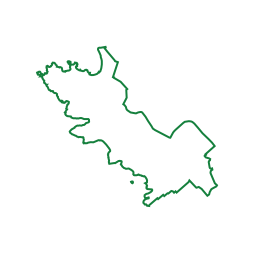 Randwick, New South Wales, Australia, rotated 129°
{"feature_id": "25037944B39404082196295", "entity_name": "Randwick", "entity_type": "district", "adm_level": 2, "iso_a3": "AUS", "parent_name": "Australia", "parent_adm1": "New South Wales", "projection": "orthographic", "projection_center": [151.246, -33.946], "detail": "fine", "context": "isolated", "style": "outline", "palette": "green", "viewbox_px": 256, "rotation_deg": 129, "n_neighbors": 0, "source": "geoboundaries", "source_scale": "gbopen_adm2", "svg_char_len": 5979}
<svg xmlns="http://www.w3.org/2000/svg" viewBox="0 0 256 256"><g transform="rotate(129 128 128)"><path d="M97.5,170.7L97.9,171.7L83.2,177.3L84.2,180.1L83.8,181.0L81.7,192.0L80.6,197.1L79.4,196.1L79.1,196.5L82.8,199.7L83.7,200.9L84.5,201.3L85.0,201.3L86.0,200.6L87.4,197.6L88.9,194.8L90.2,193.6L91.0,192.2L92.3,190.6L95.0,188.4L98.3,186.4L101.3,185.2L102.0,185.3L102.4,185.8L102.9,185.5L103.1,185.6L102.9,186.0L103.1,186.0L103.4,185.6L103.8,185.9L105.0,186.0L105.8,186.3L107.4,187.3L108.8,188.4L110.0,189.9L110.6,191.7L109.9,192.6L109.6,192.7L109.2,192.2L109.0,192.3L109.8,193.3L109.6,194.7L108.8,195.7L109.0,196.3L108.8,196.5L109.0,197.1L109.8,197.8L111.6,198.2L112.2,198.8L113.0,200.5L112.9,201.2L113.2,201.0L113.8,202.1L114.2,204.5L114.1,205.5L113.9,206.3L113.2,207.0L112.8,207.0L112.0,206.5L111.4,207.2L110.8,207.1L110.2,207.4L110.1,207.6L111.1,207.6L110.3,208.2L110.3,208.6L110.1,208.6L109.8,209.1L110.3,209.8L110.5,210.4L112.1,210.1L113.2,210.4L115.0,212.7L114.8,213.3L114.1,214.0L113.5,214.3L113.2,213.9L112.9,214.2L113.1,214.4L112.9,214.6L112.9,215.1L113.3,216.0L114.1,216.0L114.1,216.3L114.3,216.4L114.3,216.6L114.6,216.6L114.9,216.1L115.2,214.6L115.4,214.5L115.4,213.9L114.9,213.3L115.2,212.7L115.8,212.0L116.1,212.1L116.2,211.9L117.3,211.4L118.3,209.8L119.1,209.6L120.6,210.1L121.8,211.4L122.7,211.8L123.1,212.5L123.8,212.4L123.8,212.8L124.4,213.2L124.9,214.2L124.8,215.1L123.3,216.8L122.9,217.5L123.4,219.2L123.7,219.4L124.1,219.4L124.5,220.7L125.2,221.9L124.7,222.2L124.2,222.8L124.3,224.2L123.7,225.1L123.8,226.5L124.6,227.6L125.1,227.4L125.7,227.6L125.9,227.1L127.2,226.7L128.2,227.0L128.6,226.7L129.2,226.9L129.3,227.1L130.1,227.5L130.7,228.9L130.4,229.2L130.5,229.3L130.3,229.5L130.4,229.8L131.3,230.1L131.6,229.7L132.5,229.3L133.0,228.3L133.7,227.6L134.4,227.3L134.8,226.0L135.5,226.0L135.9,225.5L136.7,225.4L137.1,225.6L137.3,226.0L137.2,226.4L137.7,227.1L137.9,227.1L138.4,226.6L139.8,226.7L140.2,227.0L140.3,227.5L140.0,228.0L140.1,228.9L140.4,229.3L140.7,229.3L139.7,231.5L139.7,232.0L140.7,232.9L141.0,232.8L142.0,233.4L142.2,232.9L142.5,233.0L143.1,231.9L142.8,231.7L143.0,231.2L142.7,231.0L142.4,230.3L142.3,229.1L142.8,228.9L142.8,228.7L142.3,228.6L142.4,228.2L142.8,228.3L141.9,227.2L142.6,226.7L142.8,226.2L143.0,226.1L143.4,225.4L143.5,224.7L143.8,224.2L143.9,222.9L144.4,222.7L145.1,221.9L145.6,221.7L145.6,221.2L145.4,220.6L145.9,218.6L145.6,218.3L146.1,218.3L146.4,218.0L146.6,217.3L146.6,216.4L148.1,213.6L148.0,212.8L147.6,212.2L147.9,211.6L147.9,211.0L147.1,210.4L146.6,209.4L147.1,209.0L147.2,208.0L147.0,207.0L146.3,206.1L146.3,204.5L147.6,203.6L147.8,202.1L148.5,201.7L149.6,198.6L149.3,197.7L149.5,197.4L148.6,196.9L148.3,196.3L148.3,196.1L149.1,195.9L149.0,195.6L149.5,195.9L149.7,195.6L149.6,195.3L149.1,195.2L149.1,194.4L148.9,194.3L148.9,194.1L148.7,193.5L148.5,193.3L148.0,193.5L147.4,192.8L146.4,193.0L145.7,192.7L145.1,191.5L145.2,190.8L145.0,190.4L145.7,189.8L146.7,189.5L148.1,189.8L148.5,189.4L149.7,189.2L150.9,188.4L151.9,188.2L152.2,187.6L152.0,187.1L155.6,186.8L155.4,186.0L156.6,185.6L157.1,184.4L157.0,182.7L155.0,179.6L155.5,178.7L154.9,176.7L153.3,174.7L153.1,174.1L152.4,173.5L152.1,172.8L150.3,171.4L149.5,170.3L148.7,167.8L146.0,164.4L146.1,163.6L147.6,162.2L148.4,162.2L150.6,163.7L152.3,163.8L153.3,164.1L154.0,164.9L155.4,165.6L156.5,167.3L157.5,168.1L158.0,168.9L159.4,169.5L161.0,169.9L161.4,169.7L164.5,170.9L166.8,171.1L167.5,171.0L168.1,169.9L168.0,168.2L168.1,167.5L167.8,166.9L167.1,164.1L166.8,163.6L166.8,162.3L166.4,161.5L166.4,160.8L165.1,159.6L164.4,158.3L163.4,157.1L163.5,156.6L164.0,156.3L164.7,155.1L167.6,153.5L167.7,152.6L166.9,152.4L166.7,151.5L165.6,150.3L164.5,149.8L162.5,148.1L160.9,145.9L156.1,143.3L155.6,142.7L155.4,141.9L154.8,141.6L154.5,141.1L154.1,139.7L154.1,138.4L154.6,134.5L155.8,129.6L156.5,127.9L157.3,127.3L159.1,127.6L160.4,127.3L160.6,126.9L161.5,126.7L162.4,125.4L163.2,124.9L163.4,124.2L164.0,123.9L165.1,122.3L166.2,121.7L166.5,121.3L167.0,121.0L167.6,120.0L164.1,116.8L163.5,116.2L163.4,115.9L159.7,114.6L158.7,113.7L157.9,112.2L158.1,111.8L159.0,111.2L160.7,110.7L160.7,110.2L161.0,109.8L160.9,109.6L161.5,108.2L161.6,105.8L161.3,105.3L161.0,103.9L159.0,101.9L158.5,99.1L158.6,98.7L158.4,97.8L158.7,96.3L159.5,95.4L160.6,94.8L160.9,93.8L160.6,93.1L159.3,91.6L158.5,91.0L157.6,90.7L157.4,90.1L157.5,89.7L156.5,87.8L156.6,87.3L156.1,86.6L155.9,85.6L155.1,84.9L155.2,83.5L155.9,81.5L156.7,80.2L158.3,79.1L160.1,79.9L160.0,78.6L160.8,77.0L161.3,76.9L161.3,76.7L161.9,76.6L162.4,76.0L163.0,76.0L163.3,75.4L163.3,74.6L160.7,70.8L161.0,70.1L161.7,69.8L163.5,70.0L166.2,71.1L167.7,72.3L169.7,72.8L170.8,72.1L171.6,70.6L170.5,69.3L169.0,68.3L169.3,67.8L169.6,67.7L170.4,68.2L170.4,68.6L170.7,68.8L173.0,69.8L174.5,70.0L175.8,69.5L176.5,68.9L176.6,67.6L176.9,66.9L176.0,65.9L176.4,64.6L176.1,64.4L176.2,63.9L175.5,62.8L175.4,63.0L173.9,62.8L164.1,61.0L164.3,59.9L157.8,58.6L158.1,57.0L153.9,56.2L153.5,55.4L149.7,54.7L149.0,53.3L149.3,51.5L147.3,51.2L147.6,49.6L131.9,46.9L130.1,47.3L131.4,37.6L131.3,37.2L129.3,35.9L129.0,32.4L130.7,23.7L129.0,23.2L128.4,23.2L126.5,24.1L123.3,24.7L121.9,24.3L117.8,22.6L116.5,22.8L116.3,25.7L111.2,35.3L110.5,36.0L109.2,36.6L108.2,36.5L107.3,36.2L106.5,37.2L107.2,37.6L107.5,38.2L107.6,39.0L107.3,39.7L103.6,43.9L102.6,44.2L101.5,44.0L100.4,44.6L100.6,45.9L101.9,49.1L101.5,50.8L99.8,50.5L99.7,51.3L87.5,49.3L87.3,50.1L86.5,53.5L85.9,58.4L85.2,66.8L83.8,73.7L82.8,79.3L82.8,81.8L83.2,83.1L84.4,85.0L87.5,87.8L89.5,88.3L99.5,89.9L101.4,90.1L103.1,90.1L108.9,89.0L109.4,89.8L109.6,90.8L112.6,105.7L112.8,108.3L111.7,111.1L109.9,116.9L108.2,121.5L107.0,126.7L107.1,127.5L107.8,128.5L109.5,129.9L111.6,131.0L112.1,131.8L114.3,135.8L114.6,139.5L114.5,140.4L114.2,141.2L112.9,143.0L112.4,145.2L112.5,146.6L105.3,148.1L99.5,153.3L98.2,153.1L96.7,162.8L97.9,170.5L97.5,170.7ZM167.3,91.5L167.9,91.8L168.1,91.5L168.2,91.0L167.5,90.8L168.2,90.1L168.2,89.9L167.5,89.7L166.9,90.1L166.7,90.7L167.3,91.5Z" fill="none" stroke="#15803d" stroke-width="2"/></g></svg>